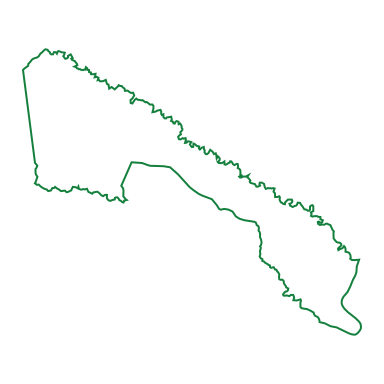 outline of Itajá, Goiás, Brazil
{"feature_id": "56859067B48253804487998", "entity_name": "Itajá", "entity_type": "district", "adm_level": 2, "iso_a3": "BRA", "parent_name": "Brazil", "parent_adm1": "Goiás", "projection": "albers", "projection_center": [-51.232, -19.14], "detail": "fine", "context": "isolated", "style": "outline", "palette": "green", "viewbox_px": 384, "rotation_deg": 0, "n_neighbors": 0, "source": "geoboundaries", "source_scale": "gbopen_adm2", "svg_char_len": 5932}
<svg xmlns="http://www.w3.org/2000/svg" viewBox="0 0 384 384"><path d="M360.6,324.0L359.3,321.9L355.6,318.2L347.7,312.0L344.4,308.7L342.7,306.2L341.9,304.3L341.7,303.2L341.7,301.2L342.2,299.2L343.4,296.8L347.5,292.1L350.3,286.4L353.0,279.7L355.1,275.9L356.4,272.2L356.8,266.3L359.1,259.7L354.4,260.1L351.9,260.0L350.2,258.7L350.7,257.4L350.4,255.2L349.4,253.2L348.6,252.5L345.5,251.7L345.6,249.2L345.0,247.2L344.0,246.1L342.6,248.1L340.1,249.1L338.4,250.1L338.0,248.9L338.6,247.8L339.9,246.8L341.4,245.2L341.2,244.0L339.8,242.7L338.0,242.6L336.8,242.1L335.5,240.9L333.6,238.4L333.5,233.1L333.8,231.3L332.8,230.3L330.3,225.0L328.7,224.5L327.2,223.7L326.0,223.7L324.4,224.7L321.9,224.5L320.0,225.0L318.2,223.9L317.8,222.0L318.8,221.6L319.8,222.4L320.9,222.7L322.2,222.1L322.8,220.2L320.4,219.3L320.4,217.0L318.1,216.8L317.0,216.1L313.9,216.2L312.4,216.6L311.0,215.9L311.6,214.1L310.9,212.4L313.3,211.1L313.3,206.2L312.5,205.2L311.0,205.6L310.0,206.5L310.0,209.6L309.3,210.7L307.7,210.7L306.5,209.7L304.3,209.3L302.2,206.0L301.0,204.7L300.1,202.9L297.7,202.7L297.0,204.6L296.2,205.6L294.6,206.0L292.7,207.0L290.1,205.6L289.5,203.8L290.7,203.6L291.9,202.4L292.4,201.1L291.8,199.6L287.9,199.6L285.2,202.3L284.9,204.2L283.2,203.9L282.1,202.8L280.8,202.3L279.6,199.8L279.9,197.4L279.3,196.3L277.4,197.0L275.1,197.0L275.0,193.3L273.5,191.7L274.6,188.5L273.2,188.1L271.7,188.5L270.3,188.2L269.1,188.3L267.9,188.1L265.8,188.9L264.7,186.9L264.1,184.0L262.0,182.7L259.8,182.7L259.4,184.2L260.1,185.6L257.7,186.7L256.4,186.6L254.9,184.1L250.5,182.9L249.7,181.7L250.4,180.5L248.7,178.4L247.2,177.1L248.4,175.2L246.0,176.5L243.2,176.6L241.1,177.6L239.9,177.4L239.2,176.6L241.4,175.2L240.3,174.4L240.5,172.7L240.2,169.9L239.3,168.9L237.7,168.0L238.1,166.6L237.8,164.1L236.6,163.9L234.4,165.1L233.0,164.2L232.1,162.4L231.2,161.4L230.1,161.3L229.6,162.7L228.4,163.0L227.4,163.9L225.6,164.7L224.5,164.4L224.4,161.5L223.0,162.5L221.3,163.2L218.5,162.9L217.7,161.8L219.4,160.6L219.8,159.1L219.3,157.7L217.9,156.3L216.7,158.4L216.3,155.1L215.7,153.3L214.0,154.1L212.5,151.6L210.2,149.8L208.4,153.1L207.1,154.1L205.8,154.1L204.5,152.3L204.7,150.2L204.0,149.3L203.8,147.0L201.6,147.8L199.9,149.5L198.9,148.4L199.2,146.5L196.7,145.9L195.2,144.4L193.5,143.6L193.2,146.9L191.9,147.1L191.0,146.2L189.9,144.4L191.2,142.1L188.9,141.4L187.7,141.4L186.5,142.7L185.0,142.9L185.9,140.0L185.5,138.1L183.7,138.7L182.7,138.1L181.4,139.0L180.4,139.4L179.0,139.2L178.1,136.8L179.2,135.5L180.9,134.4L180.3,132.3L182.3,130.1L182.4,128.9L181.6,127.8L181.6,126.1L180.3,123.6L178.7,124.2L178.5,121.7L176.6,121.1L175.4,121.9L174.7,123.6L173.5,123.4L172.8,121.6L171.1,121.0L171.8,119.7L171.2,116.7L166.8,117.5L165.9,118.5L164.5,118.3L163.4,117.0L163.4,114.3L161.9,115.0L161.2,113.9L161.2,111.4L160.5,109.9L157.4,110.6L155.6,111.6L152.5,112.2L153.4,108.7L153.5,106.0L152.4,104.5L150.0,104.6L146.8,102.0L145.4,102.3L142.5,100.1L141.4,100.4L139.5,99.9L138.0,99.9L136.3,98.6L134.7,99.9L132.4,103.5L130.7,103.0L130.5,100.0L132.2,98.7L134.2,95.5L133.1,92.7L130.7,92.9L127.6,90.6L124.9,90.8L124.6,88.6L122.8,87.4L121.7,86.0L120.1,86.0L118.6,85.2L118.1,86.2L114.7,89.4L111.6,87.0L109.2,88.6L108.5,84.5L107.2,84.2L106.6,82.9L105.8,79.9L103.0,81.2L100.1,81.3L98.9,79.9L97.7,80.2L98.5,77.8L96.7,76.9L94.7,77.3L95.3,75.8L95.5,73.8L93.2,74.3L91.0,74.1L90.9,72.5L89.1,72.1L89.0,70.0L87.4,69.9L87.3,68.4L85.9,67.2L85.2,69.7L84.0,69.6L83.0,70.1L80.9,69.8L80.0,69.1L78.9,69.3L78.1,68.6L76.8,68.2L76.2,67.2L74.5,66.6L77.3,65.2L76.9,63.8L74.7,61.0L71.8,59.7L71.3,58.7L72.7,58.0L70.7,54.4L68.0,55.9L68.1,57.4L67.1,58.3L65.3,58.8L63.3,56.2L64.2,54.7L64.8,52.7L61.3,52.2L60.0,51.5L58.3,51.1L57.6,52.0L56.9,53.7L55.8,52.2L54.0,52.1L53.0,54.3L51.2,54.3L50.2,53.5L49.9,52.3L48.2,50.9L47.6,49.8L45.4,49.3L43.5,50.8L42.0,52.5L40.5,53.5L38.7,56.3L37.0,57.5L33.7,58.5L32.0,59.6L30.0,62.2L28.3,63.9L28.2,65.8L24.3,68.6L23.0,70.0L35.0,162.9L37.3,165.6L36.5,167.8L35.5,169.1L35.6,173.4L36.0,174.6L37.4,176.7L35.7,182.0L34.9,183.3L36.9,184.8L38.7,184.6L40.7,186.5L43.7,188.5L46.9,189.6L48.2,191.1L50.9,190.5L52.3,188.1L54.3,187.9L55.1,186.9L56.9,188.4L59.0,189.5L61.0,191.1L64.9,190.6L66.5,192.2L68.1,191.9L71.2,190.4L72.8,186.9L75.5,187.2L77.6,188.2L78.4,186.6L78.9,188.9L81.2,189.7L83.0,189.1L84.6,189.4L87.0,188.8L88.4,191.9L92.3,193.7L93.4,192.4L97.2,191.7L98.5,192.4L101.5,195.4L103.2,196.2L104.5,195.1L105.9,194.8L107.0,194.9L106.8,197.8L107.4,199.0L108.4,200.2L110.3,200.9L112.3,200.0L114.7,199.5L114.9,197.9L116.0,197.4L117.5,197.4L118.7,198.8L119.4,200.2L120.9,200.8L122.2,202.1L123.5,202.5L124.1,200.7L126.7,200.0L125.6,199.2L123.3,196.3L123.5,190.8L123.1,188.4L121.3,185.8L131.6,162.3L142.0,163.0L147.8,165.1L150.3,165.8L163.5,166.2L170.1,167.3L178.0,174.3L189.8,187.3L193.9,190.5L198.8,193.9L202.5,195.7L211.9,199.2L216.9,205.3L219.0,208.8L220.7,209.7L224.2,208.9L228.5,209.6L232.6,211.6L235.8,216.4L239.7,218.8L244.3,220.2L254.4,221.8L255.8,222.5L256.8,225.2L258.3,226.0L258.9,227.8L258.6,230.8L259.6,232.0L260.1,233.7L260.0,237.2L261.0,239.4L261.6,242.5L261.0,245.1L260.0,246.3L260.8,247.6L260.7,248.8L260.0,250.6L260.1,252.7L260.4,254.0L259.7,256.4L260.7,258.3L262.4,259.1L262.3,260.9L263.8,261.4L265.3,262.9L267.4,264.0L268.6,265.0L269.9,265.4L270.1,267.3L271.1,267.8L273.7,267.2L275.0,269.5L276.5,269.8L277.2,271.5L278.2,272.3L279.3,274.4L279.0,277.1L279.3,279.2L280.4,279.8L282.5,279.7L283.7,281.1L283.9,283.3L285.9,286.3L286.2,287.4L288.3,288.5L287.9,290.4L287.0,291.3L285.8,291.5L284.6,292.3L283.1,294.3L283.4,295.4L284.6,295.8L286.5,295.4L289.4,296.1L290.9,294.9L293.2,295.0L294.2,297.5L293.4,300.2L296.6,300.5L300.5,299.4L301.0,300.7L300.4,302.6L300.5,307.2L301.9,308.3L307.0,309.1L310.1,310.5L313.7,312.6L313.9,314.0L315.2,315.9L317.4,316.8L318.5,318.0L319.3,319.8L319.6,322.1L325.0,323.4L330.5,326.2L336.6,327.4L348.8,333.3L351.6,334.3L354.3,334.7L355.6,334.5L356.8,333.8L358.4,332.3L360.1,330.1L360.8,328.5L361.0,327.2L360.6,324.0Z" fill="none" stroke="#15803d" stroke-width="2"/></svg>